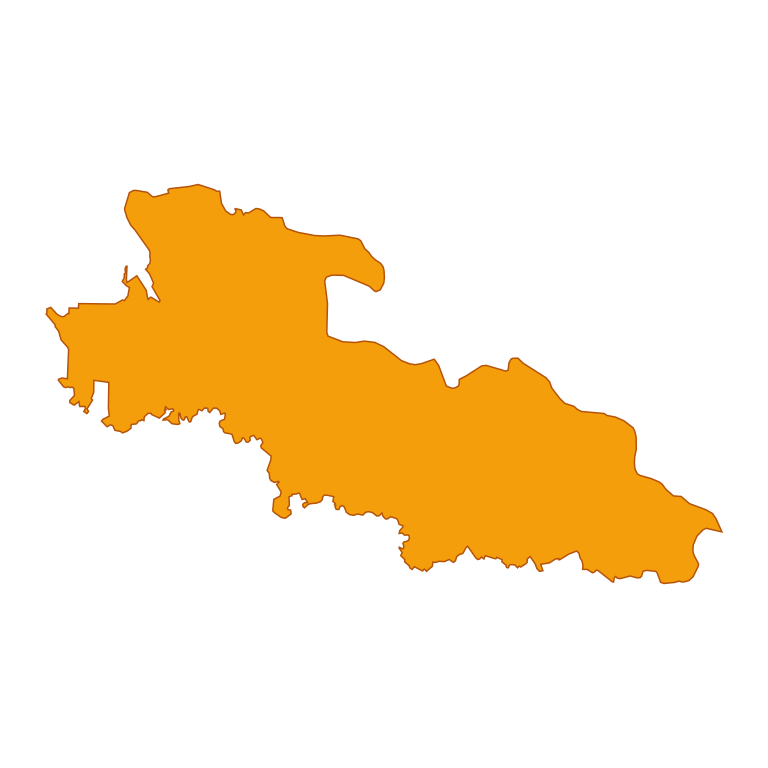 Yen Dinh, Thanh Hóa, Vietnam (Robinson projection)
{"feature_id": "81297802B9474885125507", "entity_name": "Yen Dinh", "entity_type": "district", "adm_level": 2, "iso_a3": "VNM", "parent_name": "Vietnam", "parent_adm1": "Thanh Hóa", "projection": "robinson", "projection_center": [105.598, 20.008], "detail": "fine", "context": "isolated", "style": "filled", "palette": "amber", "viewbox_px": 768, "rotation_deg": 0, "n_neighbors": 0, "source": "geoboundaries", "source_scale": "gbopen_adm2", "svg_char_len": 6088}
<svg xmlns="http://www.w3.org/2000/svg" viewBox="0 0 768 768"><path d="M129.4,192.6L124.6,208.5L124.8,210.3L127.0,217.7L130.6,225.0L135.2,230.3L149.1,249.9L150.0,252.2L149.8,256.8L150.4,259.4L149.9,263.3L147.6,266.0L147.6,267.8L145.6,269.2L149.4,273.7L151.8,279.0L153.6,283.4L152.0,286.6L160.1,300.6L159.1,302.1L151.2,297.3L150.3,297.3L148.3,299.4L147.8,299.0L146.2,290.2L136.8,275.8L127.0,282.6L126.4,279.9L127.0,266.2L126.3,266.2L125.3,267.8L125.1,270.7L125.8,272.7L124.3,273.9L124.3,277.5L122.3,281.5L126.3,285.7L129.4,287.5L127.9,295.8L124.4,300.6L122.4,300.0L115.2,304.0L78.7,303.6L78.4,308.2L69.1,308.0L68.9,313.6L68.0,313.4L63.9,316.6L61.2,316.6L57.2,314.4L50.7,307.4L46.9,308.9L46.9,313.1L46.1,314.0L55.1,324.8L55.2,326.7L58.7,331.3L61.1,339.9L67.8,347.5L68.6,349.6L67.4,378.8L61.8,378.0L58.4,379.4L58.3,380.1L63.6,386.8L65.7,387.6L68.3,386.8L70.1,387.6L72.2,387.2L73.8,388.3L74.5,395.4L69.8,400.5L69.9,402.6L74.1,405.2L78.8,401.6L79.7,406.5L85.0,406.5L85.5,408.4L83.8,411.4L86.8,413.6L88.6,411.5L87.0,408.9L92.6,400.0L91.2,398.7L93.7,392.4L93.9,380.3L108.8,382.4L108.4,408.3L109.3,416.0L103.0,419.3L101.5,421.1L107.1,426.7L110.3,424.8L112.9,425.7L114.9,430.3L120.4,431.4L122.6,432.9L127.2,431.1L131.0,428.2L131.0,425.4L131.7,424.4L136.3,423.9L138.9,420.7L140.7,420.7L141.8,419.6L143.9,420.7L144.3,416.9L148.1,413.3L151.2,413.5L151.6,414.5L159.3,418.1L165.4,412.5L164.5,410.1L166.1,409.8L165.1,408.3L165.5,406.7L168.6,409.5L172.6,408.8L173.8,410.1L173.5,411.0L171.1,412.0L168.9,416.3L163.5,419.1L163.1,420.2L167.5,419.6L172.0,423.7L176.7,424.4L179.2,424.1L179.9,423.3L178.8,420.5L178.7,413.3L179.8,413.2L180.8,417.7L182.0,419.5L183.7,420.2L184.8,418.8L185.0,417.1L186.8,416.8L188.9,421.5L189.9,422.1L190.9,421.3L192.1,417.5L193.2,416.2L196.9,414.3L198.1,410.0L198.8,409.4L201.9,410.8L204.4,408.1L207.1,408.1L207.9,408.8L208.1,411.3L209.7,412.5L213.5,408.1L216.7,408.2L219.7,410.7L220.8,414.4L224.5,413.2L225.3,413.7L224.6,419.1L220.0,421.2L219.2,423.5L219.9,426.5L223.1,428.9L223.5,431.4L224.6,432.7L231.9,434.2L234.2,441.4L235.6,443.4L237.9,443.1L241.3,440.9L242.5,437.7L244.2,438.5L246.3,442.0L247.9,442.3L250.2,440.3L249.8,437.5L250.4,436.6L253.8,435.4L256.9,439.7L260.2,438.1L261.5,439.1L262.9,442.6L260.8,445.6L261.2,447.8L271.1,456.1L270.9,459.6L267.1,470.5L269.2,473.2L269.7,478.3L270.9,480.5L274.3,482.4L278.4,481.4L279.1,482.0L276.6,484.5L281.2,492.0L280.1,496.0L273.8,499.4L272.8,510.2L273.1,511.4L275.0,513.1L280.9,517.2L284.1,518.2L285.8,518.0L291.1,513.9L290.7,510.1L288.4,509.8L287.6,508.8L287.7,507.4L289.4,505.5L289.0,496.7L292.0,495.7L292.0,494.3L296.4,494.0L298.7,493.0L299.7,493.6L302.0,499.5L305.2,498.7L307.6,502.6L304.8,502.6L302.8,504.2L303.0,506.5L304.5,507.8L307.8,504.7L310.3,503.7L316.5,503.1L320.5,501.7L322.4,499.4L322.6,497.1L323.6,495.8L324.4,495.1L327.7,495.3L333.7,496.6L332.9,501.4L335.2,503.4L334.5,504.7L335.7,505.3L335.0,506.7L336.2,509.4L338.9,509.5L340.3,506.3L342.5,505.6L344.4,507.1L346.4,512.3L349.5,514.6L353.8,515.3L357.6,514.0L362.8,515.1L365.9,512.1L369.2,511.7L372.6,512.7L376.8,516.0L379.2,515.7L382.0,513.1L383.1,516.5L385.5,518.9L387.5,518.9L390.7,516.7L396.6,518.6L397.9,520.3L399.0,524.3L403.0,525.8L402.9,526.9L399.7,530.7L399.2,533.5L402.1,533.0L404.8,535.3L407.7,534.9L409.2,535.8L409.3,538.7L407.8,541.0L403.8,542.0L402.9,543.5L403.8,545.9L403.4,548.5L402.4,548.9L399.3,547.2L399.1,548.1L402.2,552.6L400.7,555.6L404.8,559.6L404.7,561.9L409.1,565.6L409.8,567.8L412.1,569.5L414.3,566.7L422.6,571.0L423.6,569.5L424.7,569.2L426.5,571.4L432.4,566.2L432.8,562.2L435.5,562.4L439.3,561.3L444.3,561.6L449.2,559.5L453.4,562.4L455.5,560.7L456.6,556.8L458.8,554.8L462.9,553.4L465.9,547.9L467.6,546.2L475.9,558.0L477.7,559.5L479.6,559.0L481.5,557.0L483.9,559.0L485.3,555.7L495.0,558.7L496.1,558.6L496.7,557.3L502.1,559.6L501.9,561.8L506.0,565.1L506.4,567.2L507.7,567.9L508.5,567.6L509.2,565.5L510.4,564.6L514.9,564.9L517.5,567.8L519.2,566.1L520.7,567.0L526.0,563.6L527.2,562.2L527.2,559.1L530.1,556.5L535.2,563.9L536.9,568.5L539.5,571.3L542.9,570.7L540.7,564.3L549.4,562.9L555.2,559.1L558.8,558.6L558.7,559.7L559.6,559.8L568.8,554.1L576.6,551.0L578.9,553.2L580.2,558.1L582.1,561.2L583.0,565.8L582.6,569.4L587.1,569.4L592.5,572.8L594.6,572.0L596.2,570.2L597.5,570.1L612.4,581.9L613.6,581.9L614.3,577.7L615.5,576.5L617.4,578.2L620.1,578.6L630.2,576.0L636.7,577.8L639.9,577.7L641.5,576.4L643.1,571.2L646.7,570.4L655.6,571.3L657.1,572.8L660.6,582.3L663.9,583.5L674.8,582.4L679.1,581.1L681.9,582.0L684.5,581.8L689.0,580.5L693.1,576.7L698.2,566.4L698.5,563.8L694.3,555.8L693.1,552.7L692.9,549.5L693.3,544.8L696.7,536.6L698.2,534.7L703.3,529.6L706.2,528.3L721.9,531.9L716.1,518.9L712.5,513.5L706.0,509.8L689.4,503.6L681.2,496.5L673.4,495.9L665.8,489.2L662.0,484.0L659.4,482.1L651.2,478.6L639.9,475.4L637.4,473.9L635.0,469.1L634.4,463.1L634.7,457.0L636.3,449.0L636.1,436.8L634.8,431.4L633.1,427.8L623.8,420.7L615.2,417.0L607.0,415.5L604.0,413.5L581.7,411.5L577.7,409.7L573.9,406.3L564.8,403.4L559.9,398.6L552.0,388.4L549.4,381.6L545.9,377.7L523.4,363.4L517.9,358.2L512.8,358.3L511.0,359.1L509.0,362.7L508.1,370.2L505.7,371.1L486.2,365.4L481.7,365.9L466.1,375.9L459.3,379.4L459.1,384.3L458.2,386.2L454.9,387.9L452.0,388.3L446.3,386.0L438.7,365.6L434.2,359.2L421.2,363.7L415.1,364.7L409.6,363.8L401.4,360.6L383.9,346.8L374.8,342.4L364.4,341.1L355.1,342.5L342.8,341.8L328.0,336.1L326.8,332.4L327.5,303.6L324.7,281.0L326.3,277.2L332.1,275.1L343.7,275.4L369.3,286.2L374.3,290.9L376.0,291.6L380.2,289.9L383.8,283.1L384.4,277.6L384.0,270.5L383.1,266.9L380.7,263.4L375.4,259.9L371.7,256.5L368.8,252.4L364.7,248.6L360.8,240.8L358.2,238.9L340.0,235.2L323.4,236.0L314.4,235.5L298.2,232.4L287.9,229.0L286.0,227.6L284.8,225.9L282.1,217.6L270.7,217.5L263.6,210.8L259.1,208.9L255.9,208.5L248.7,212.9L245.7,212.6L243.6,215.0L241.2,209.9L235.3,208.6L235.0,209.2L236.1,211.2L235.4,212.7L233.4,214.6L230.5,214.4L225.7,210.9L221.5,203.5L219.7,191.2L216.7,191.3L214.4,189.8L198.1,184.5L189.2,186.5L169.4,188.7L167.9,189.9L168.6,193.2L155.0,196.8L152.4,196.7L147.3,192.3L136.7,190.5L133.5,190.4L129.4,192.6Z" fill="#f59e0b" stroke="#b45309" stroke-width="1.5"/></svg>